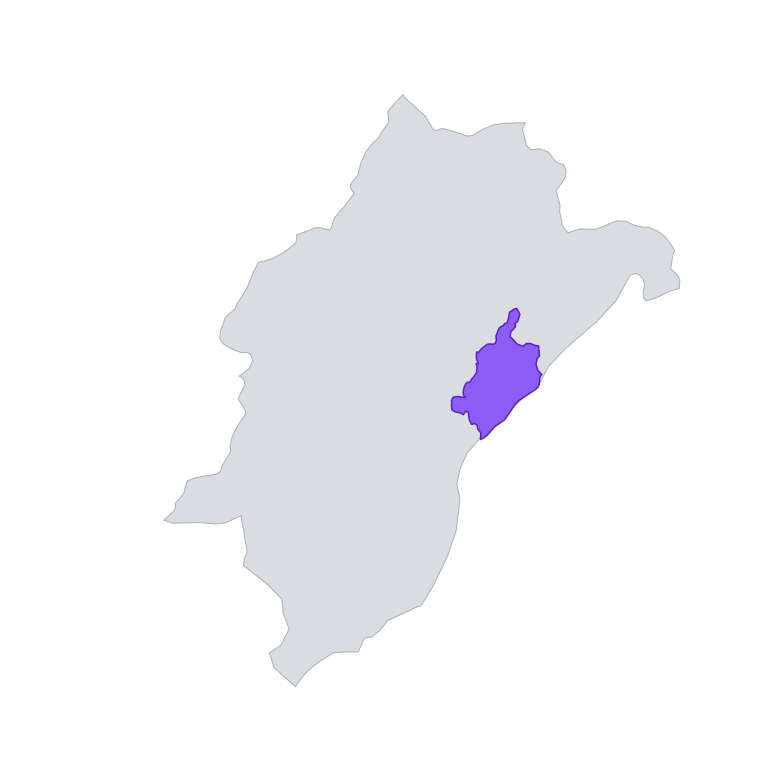 location of Pleven within Bulgaria, rotated 128°
{"feature_id": "BGR-2248", "entity_name": "Pleven", "entity_type": "Province", "adm_level": 1, "iso_a3": "BGR", "parent_name": "Bulgaria", "parent_adm1": "", "projection": "robinson", "projection_center": [24.614, 43.502], "detail": "fine", "context": "in_parent", "style": "filled", "palette": "violet", "viewbox_px": 768, "rotation_deg": 128, "n_neighbors": 0, "source": "natural_earth", "source_scale": "10m", "svg_char_len": 3622}
<svg xmlns="http://www.w3.org/2000/svg" viewBox="0 0 768 768"><g transform="rotate(128 384 384)"><path d="M626.8,473.6L613.9,471.5L609.5,472.2L606.7,475.0L600.7,474.5L593.4,474.5L585.7,477.8L581.5,479.2L575.8,476.2L565.1,467.1L558.6,460.8L553.8,459.2L549.0,461.0L531.8,463.2L527.8,466.9L519.9,470.9L511.9,472.9L500.5,474.3L494.5,474.1L491.1,476.0L488.3,482.0L486.4,487.8L484.8,490.2L470.5,493.0L467.4,496.4L466.5,499.6L466.8,502.9L455.4,499.7L446.6,501.8L444.6,504.3L442.7,507.9L443.8,511.8L447.1,515.5L450.2,525.5L451.4,535.6L449.5,541.3L443.0,545.4L429.5,549.9L416.3,547.7L410.5,549.5L400.8,550.1L391.9,551.3L378.1,555.4L365.7,557.8L354.5,549.4L341.2,543.7L327.3,540.3L322.5,542.8L320.4,544.7L308.7,537.3L303.5,534.7L301.0,531.8L296.1,521.9L293.3,521.6L283.7,525.3L274.4,525.1L268.8,524.5L252.3,524.9L250.1,531.6L248.1,532.7L244.5,533.6L235.7,533.2L224.4,538.1L212.3,541.2L202.9,541.3L193.2,539.8L187.4,540.9L174.8,541.4L166.8,548.7L154.5,548.3L144.1,547.1L145.4,544.7L147.7,515.8L152.9,502.9L152.7,500.2L151.6,498.2L147.1,496.1L143.9,489.1L137.2,470.7L133.4,467.0L122.6,463.1L113.3,457.8L105.4,450.8L91.0,433.5L98.4,431.8L100.6,428.3L108.1,418.8L108.9,414.1L108.2,411.5L103.3,406.9L100.0,397.0L102.7,387.6L102.9,382.8L100.5,378.1L103.2,372.2L108.5,368.9L111.8,368.0L125.7,367.4L134.6,355.5L140.0,351.8L145.6,345.1L148.1,342.6L150.6,337.4L151.5,332.1L140.5,324.6L136.8,319.0L132.0,312.8L125.4,308.5L112.1,301.1L107.0,293.7L104.7,284.0L101.2,276.6L97.4,271.9L96.7,268.0L95.1,263.2L94.8,253.8L98.1,241.3L100.2,236.9L104.7,235.7L116.8,229.0L117.4,220.5L119.6,215.3L123.5,212.2L127.0,210.2L133.5,215.1L149.3,223.0L157.0,228.7L156.6,232.3L153.0,235.8L146.0,239.3L142.0,243.8L140.8,249.5L141.8,253.5L146.6,257.0L175.2,252.4L204.2,254.8L243.1,262.6L269.0,265.3L288.0,261.7L323.4,268.2L356.3,274.2L387.9,276.0L405.6,271.3L418.0,264.9L428.6,252.8L455.0,236.9L480.4,228.0L513.9,220.8L536.2,218.4L539.4,220.8L568.0,235.4L580.7,235.5L591.0,238.0L594.8,241.9L597.4,242.9L611.0,239.3L617.1,247.2L626.8,258.4L642.9,264.2L657.3,267.4L661.9,267.9L677.0,267.7L675.3,295.7L666.5,308.7L652.8,304.3L635.4,308.0L626.4,322.7L621.2,327.1L616.5,332.3L613.8,351.5L613.5,383.0L606.9,386.8L600.9,388.0L575.9,415.6L590.6,423.4L597.2,429.4L608.1,445.8L623.6,464.5L626.8,473.6Z" fill="#d9dde1" stroke="#a8b0b8" stroke-width="1"/><path d="M291.4,260.7L294.6,261.1L309.7,266.2L313.8,267.5L318.2,268.1L337.9,266.9L349.0,270.4L361.1,271.2L365.0,272.1L368.1,273.7L367.8,274.4L365.3,275.8L363.0,277.7L361.7,282.4L358.9,285.5L359.7,289.1L361.2,289.3L361.9,290.4L359.8,294.5L357.1,297.6L354.2,300.3L355.2,302.8L359.3,302.6L360.1,306.8L362.1,310.5L362.6,314.8L358.7,318.2L357.0,319.2L355.5,320.6L353.7,321.1L351.9,321.4L348.5,318.4L346.1,314.0L344.2,311.7L343.7,314.7L342.1,316.2L339.6,317.8L336.8,318.9L334.1,319.6L331.7,319.7L329.7,317.5L326.1,317.9L324.0,317.8L318.2,318.0L313.2,321.3L311.9,323.2L310.9,323.8L309.9,322.5L308.8,323.9L308.0,325.5L306.3,327.5L302.9,330.0L301.5,330.5L301.2,329.7L300.5,329.0L295.9,328.9L289.2,327.1L287.4,325.5L286.1,323.3L284.4,321.6L282.6,321.6L280.8,322.1L278.9,323.7L277.3,325.4L274.7,326.0L271.9,327.0L269.6,327.6L267.3,327.3L264.4,325.9L262.3,326.3L260.0,324.6L255.1,326.6L250.1,329.3L243.7,327.0L242.9,325.4L243.9,323.1L245.6,319.7L252.5,317.2L253.9,317.6L255.3,318.1L256.3,316.9L258.1,315.8L261.3,315.7L264.5,316.2L269.0,314.1L269.8,307.3L270.5,305.1L270.4,303.1L268.7,297.6L264.4,296.8L261.8,293.2L260.8,289.1L258.9,285.5L261.3,283.5L263.8,280.8L266.4,278.7L269.4,279.0L274.6,276.7L278.5,271.3L279.2,265.7L281.3,265.7L282.9,265.2L288.1,261.7L291.4,260.7Z" fill="#8b5cf6" stroke="#5b21b6" stroke-width="1.5"/></g></svg>